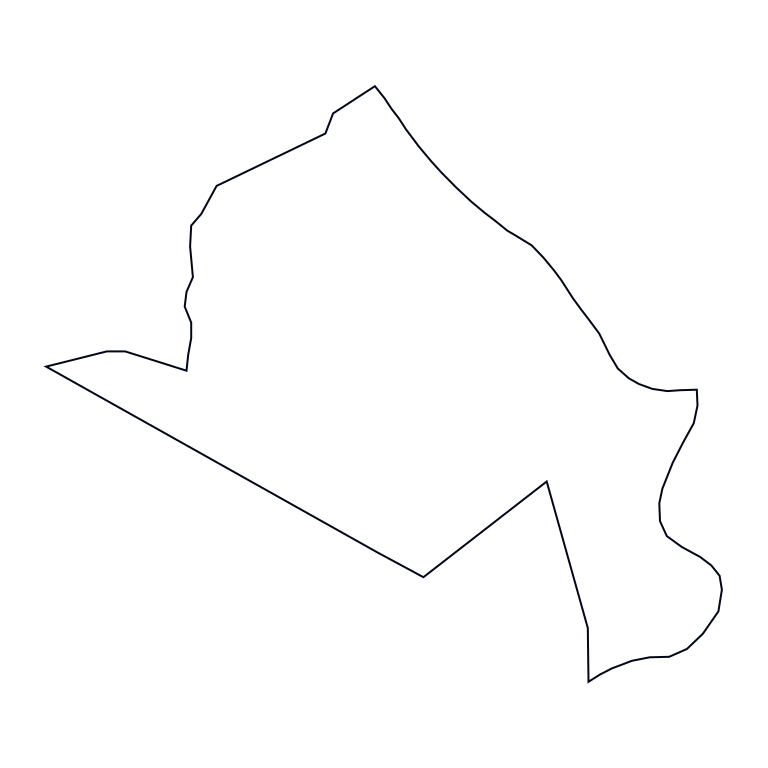 the district of Grossos, Rio Grande do Norte, Brazil
{"feature_id": "56859067B32451486884913", "entity_name": "Grossos", "entity_type": "district", "adm_level": 2, "iso_a3": "BRA", "parent_name": "Brazil", "parent_adm1": "Rio Grande do Norte", "projection": "natural_earth1", "projection_center": [-37.19, -4.948], "detail": "fine", "context": "isolated", "style": "outline", "palette": "ink", "viewbox_px": 768, "rotation_deg": 0, "n_neighbors": 0, "source": "geoboundaries", "source_scale": "gbopen_adm2", "svg_char_len": 1011}
<svg xmlns="http://www.w3.org/2000/svg" viewBox="0 0 768 768"><path d="M696.8,389.7L680.4,390.2L667.3,391.1L652.3,388.9L638.9,384.0L628.8,378.3L617.8,368.5L609.6,354.7L599.3,333.7L588.5,319.1L581.2,309.6L572.8,298.1L561.3,280.2L554.0,270.4L543.5,257.7L531.7,245.4L519.8,238.1L507.1,230.5L496.8,222.1L484.4,212.6L471.0,201.4L456.0,187.3L441.0,172.1L431.4,161.5L418.7,146.3L406.0,129.4L398.8,118.3L391.5,108.8L384.5,98.2L374.9,86.2L362.7,94.1L333.1,113.4L325.4,133.5L216.6,185.9L201.3,213.9L191.2,225.6L190.1,246.5L192.9,277.2L186.5,291.9L184.7,306.6L191.2,322.6L191.2,338.1L188.2,354.7L186.5,370.7L125.1,351.4L106.8,351.4L46.1,366.6L377.9,552.7L423.4,577.2L546.7,481.5L587.8,628.0L588.5,681.8L599.7,674.7L611.9,668.4L631.9,660.8L649.7,657.3L669.2,656.8L687.0,648.9L702.9,633.7L718.4,611.4L721.9,589.7L719.6,575.8L711.4,565.5L699.9,556.8L681.8,547.0L666.8,536.1L660.0,521.2L659.3,503.3L662.4,488.6L672.7,462.8L683.0,442.7L693.8,423.1L697.5,405.5L696.8,389.7Z" fill="none" stroke="#020617" stroke-width="2"/></svg>